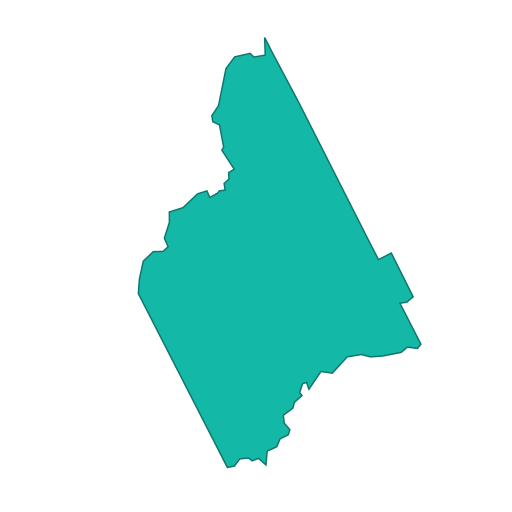 the district of Colusa, California, United States of America, rotated 63°
{"feature_id": "52423323B21715725601403", "entity_name": "Colusa", "entity_type": "district", "adm_level": 2, "iso_a3": "USA", "parent_name": "United States of America", "parent_adm1": "California", "projection": "orthographic", "projection_center": [-122.228, 39.169], "detail": "fine", "context": "isolated", "style": "filled", "palette": "teal", "viewbox_px": 512, "rotation_deg": 63, "n_neighbors": 0, "source": "geoboundaries", "source_scale": "gbopen_adm2", "svg_char_len": 1026}
<svg xmlns="http://www.w3.org/2000/svg" viewBox="0 0 512 512"><g transform="rotate(63 256 256)"><path d="M83.0,149.1L65.3,149.1L81.2,156.6L77.8,167.6L72.8,169.2L68.9,184.6L75.4,197.7L105.0,221.1L110.9,231.7L116.8,233.5L122.6,229.0L144.3,235.4L146.3,238.4L168.7,236.0L169.3,242.6L175.2,245.1L176.9,251.5L183.3,253.6L181.3,259.1L182.5,261.5L182.9,270.6L175.7,270.2L174.1,279.9L179.8,299.1L177.4,313.2L186.7,317.9L198.6,329.6L207.8,330.1L209.7,336.7L205.5,345.6L209.4,358.7L223.4,370.2L236.1,377.9L431.4,377.5L433.4,370.6L429.4,362.6L432.6,354.3L436.7,352.5L437.5,345.6L446.7,342.0L434.9,334.6L435.4,324.1L429.8,317.5L430.0,308.6L426.2,304.7L417.8,306.7L410.3,304.0L408.3,292.2L403.8,288.2L401.3,278.4L397.5,279.1L390.9,272.4L391.6,268.4L398.7,269.3L388.4,250.6L395.0,241.2L387.3,220.5L391.6,206.8L397.7,200.0L402.5,188.9L407.8,170.4L405.9,162.5L411.7,154.1L409.4,149.1L363.4,149.2L365.6,142.7L363.7,134.5L314.8,134.1L314.8,148.5L293.2,148.6L138.5,148.2L83.0,149.1Z" fill="#14b8a6" stroke="#0f766e" stroke-width="1.5"/></g></svg>